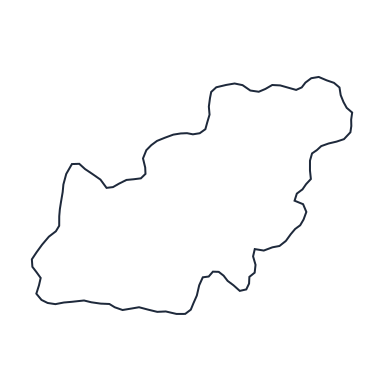 the district of Prudente de Morais, Minas Gerais, Brazil, rotated 193°
{"feature_id": "56859067B84825617066138", "entity_name": "Prudente de Morais", "entity_type": "district", "adm_level": 2, "iso_a3": "BRA", "parent_name": "Brazil", "parent_adm1": "Minas Gerais", "projection": "albers", "projection_center": [-44.114, -19.47], "detail": "fine", "context": "isolated", "style": "outline", "palette": "slate", "viewbox_px": 384, "rotation_deg": 193, "n_neighbors": 0, "source": "geoboundaries", "source_scale": "gbopen_adm2", "svg_char_len": 1701}
<svg xmlns="http://www.w3.org/2000/svg" viewBox="0 0 384 384"><g transform="rotate(193 192 192)"><path d="M191.9,299.5L195.8,293.8L195.6,287.6L194.8,279.0L192.3,271.3L192.8,263.2L193.1,256.2L197.7,251.0L204.1,248.4L210.1,248.2L216.2,246.5L223.1,243.7L230.6,238.8L237.6,233.9L242.2,228.5L245.9,222.5L247.3,213.7L243.1,205.3L241.4,199.2L244.9,193.8L251.7,191.3L258.6,189.0L264.9,183.8L270.1,179.0L276.2,176.8L284.0,183.5L293.5,187.3L301.4,190.3L308.2,194.1L315.3,192.2L318.6,181.3L319.0,170.4L318.0,162.9L317.4,152.7L316.9,145.6L315.9,138.5L313.8,129.2L315.8,123.1L321.4,116.3L326.2,107.0L329.9,98.3L332.9,90.4L330.7,83.2L325.6,79.0L320.1,74.2L320.1,66.6L320.8,57.9L314.4,53.0L307.7,51.4L299.9,52.0L292.0,55.5L284.6,57.9L278.6,60.0L272.8,62.0L265.3,61.9L255.9,62.7L247.3,64.3L241.3,62.3L233.1,61.4L224.6,64.9L217.7,67.8L208.3,67.5L198.9,67.4L190.7,69.7L179.7,69.7L171.2,71.7L166.7,77.1L165.6,83.8L164.0,92.2L164.0,102.7L162.3,111.3L156.7,113.4L153.7,119.1L148.0,120.2L142.4,117.6L137.3,113.4L130.7,110.5L123.2,106.4L117.2,109.3L115.8,115.6L117.0,122.2L112.8,127.5L113.7,135.3L118.0,143.0L118.0,150.5L108.9,151.1L101.2,156.2L94.6,159.1L89.5,165.5L86.2,173.3L83.1,179.3L79.1,183.9L77.1,190.3L76.1,198.3L81.0,205.1L90.1,206.6L89.5,214.0L84.9,219.5L82.6,225.3L79.1,231.4L81.9,239.5L84.1,249.1L83.7,256.6L79.7,261.0L76.4,265.8L69.8,270.0L62.5,273.6L55.8,277.7L51.1,285.8L51.6,292.1L53.2,298.3L53.8,305.4L60.2,308.8L64.6,313.7L68.9,319.8L71.8,327.0L78.2,330.3L85.9,331.1L94.4,332.6L101.4,329.7L106.1,324.1L108.6,318.6L113.5,314.9L121.9,315.3L130.0,315.7L137.9,314.3L143.7,308.9L149.5,304.7L158.0,304.0L166.8,307.5L174.9,307.3L182.8,304.0L191.9,299.5Z" fill="none" stroke="#1e293b" stroke-width="2"/></g></svg>